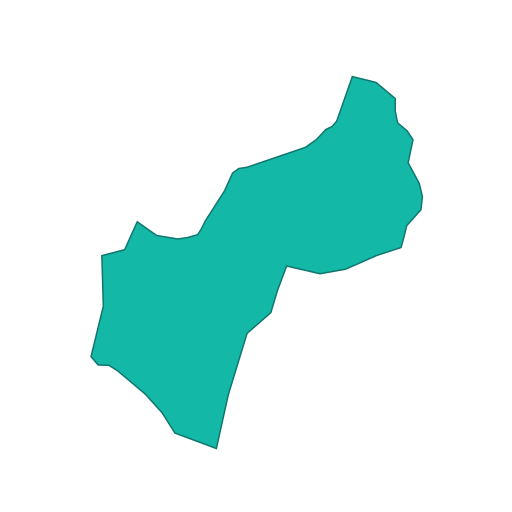 outline of Kaberamaido, rotated 13°
{"feature_id": "UGA-3066", "entity_name": "Kaberamaido", "entity_type": "District", "adm_level": 1, "iso_a3": "UGA", "parent_name": "Uganda", "parent_adm1": "", "projection": "orthographic", "projection_center": [33.211, 1.704], "detail": "fine", "context": "isolated", "style": "filled", "palette": "teal", "viewbox_px": 512, "rotation_deg": 13, "n_neighbors": 0, "source": "natural_earth", "source_scale": "10m", "svg_char_len": 765}
<svg xmlns="http://www.w3.org/2000/svg" viewBox="0 0 512 512"><g transform="rotate(13 256 256)"><path d="M126.7,397.7L117.9,391.1L118.5,339.1L105.7,290.3L126.6,279.4L132.6,249.4L154.7,258.4L176.0,257.0L185.4,253.3L194.3,248.4L196.7,241.8L198.7,233.3L210.7,199.6L214.5,180.4L219.6,174.6L227.0,171.7L279.7,139.0L288.7,128.9L295.7,116.9L301.1,112.6L304.3,106.5L309.5,59.5L334.0,59.9L356.3,71.3L359.0,83.4L364.0,94.4L375.0,100.0L382.8,107.4L383.3,131.0L398.8,148.6L404.8,160.8L406.3,173.8L396.0,192.6L395.9,203.6L395.4,215.1L373.8,228.1L346.4,248.6L322.4,258.9L288.1,258.9L284.7,284.6L283.2,307.8L264.7,333.4L260.2,397.4L260.7,452.5L216.9,446.8L199.8,429.9L179.2,415.5L147.2,399.1L137.3,395.6L126.7,397.7Z" fill="#14b8a6" stroke="#0f766e" stroke-width="1.5"/></g></svg>